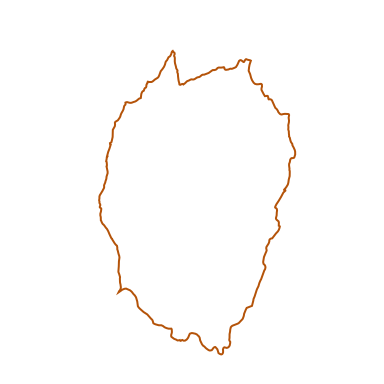 San Antonio Del Tequendama, Cundinamarca, Colombia, rotated 21°
{"feature_id": "7082276B32328696535418", "entity_name": "San Antonio Del Tequendama", "entity_type": "district", "adm_level": 2, "iso_a3": "COL", "parent_name": "Colombia", "parent_adm1": "Cundinamarca", "projection": "equal_earth", "projection_center": [-74.349, 4.601], "detail": "fine", "context": "isolated", "style": "outline", "palette": "amber", "viewbox_px": 384, "rotation_deg": 21, "n_neighbors": 0, "source": "geoboundaries", "source_scale": "gbopen_adm2", "svg_char_len": 5987}
<svg xmlns="http://www.w3.org/2000/svg" viewBox="0 0 384 384"><g transform="rotate(21 192 192)"><path d="M276.4,139.1L275.7,137.3L275.1,136.7L274.6,135.2L273.2,132.6L272.6,131.0L272.6,129.1L272.1,126.4L272.5,125.1L273.1,124.5L273.9,124.3L275.0,123.4L275.1,122.8L274.9,120.0L273.8,117.3L272.9,116.0L270.9,114.0L269.1,112.5L268.4,111.2L266.5,109.9L265.4,108.6L263.8,106.2L262.7,105.4L262.4,104.4L261.5,102.7L260.6,100.6L259.5,99.2L258.8,97.0L257.9,95.1L257.5,92.3L257.0,90.6L255.6,88.0L255.1,85.4L254.4,84.7L253.6,84.8L250.6,85.8L249.0,86.7L248.0,87.5L246.8,87.7L245.9,87.5L243.9,86.4L242.9,85.3L241.1,84.1L239.8,83.7L238.6,82.6L233.9,77.9L233.1,77.4L231.7,77.4L230.4,78.0L229.8,77.5L229.7,77.0L229.4,76.5L228.8,75.9L228.4,75.3L227.6,75.3L226.9,75.8L225.7,76.4L223.9,75.0L220.3,71.8L219.7,70.2L219.6,68.6L218.7,66.6L217.9,66.3L217.0,66.6L215.8,67.4L214.0,68.2L212.2,68.5L210.4,67.9L208.1,66.2L206.3,64.3L204.0,61.1L201.5,58.6L200.6,55.2L200.1,52.5L199.9,48.3L199.1,48.2L196.5,48.6L194.9,48.6L194.4,49.4L194.1,50.7L194.0,51.8L193.4,52.2L192.3,51.8L190.7,51.4L189.8,51.6L189.0,52.7L188.8,56.8L188.3,59.5L187.4,60.6L185.6,62.3L184.9,62.8L183.7,63.1L182.9,63.7L182.2,64.5L180.1,65.7L179.3,65.9L178.5,65.5L178.0,65.1L177.7,64.5L177.2,64.1L176.9,64.1L176.2,64.6L174.5,65.5L172.4,66.2L171.4,67.1L171.0,68.3L170.4,69.3L168.8,70.4L168.1,70.5L167.5,70.9L164.9,74.9L161.3,78.1L160.0,78.6L159.2,79.4L158.1,81.4L157.4,82.2L156.6,82.6L155.5,83.5L154.2,85.4L153.3,86.3L152.1,86.8L150.9,87.1L150.0,88.0L149.0,89.2L147.9,90.1L147.5,90.7L146.5,93.0L145.4,94.7L144.7,94.4L143.7,95.0L142.7,96.1L141.9,96.2L141.4,95.7L141.1,94.9L140.0,93.5L139.2,92.2L137.6,89.2L136.4,86.6L135.5,85.7L135.1,85.0L135.1,84.2L134.8,83.6L133.9,83.0L132.9,82.1L132.2,80.9L130.0,77.9L129.1,76.2L128.0,73.2L127.5,72.3L126.6,71.5L126.4,70.8L126.4,69.6L126.2,69.0L125.6,68.2L124.6,68.1L123.5,67.2L123.3,67.5L123.0,68.4L123.0,69.1L123.2,70.5L123.0,72.6L122.7,73.4L121.8,74.6L121.5,77.9L121.0,79.0L120.8,80.1L120.9,81.1L121.1,82.6L121.0,85.1L120.4,87.7L119.5,90.5L119.6,95.2L119.4,96.8L119.0,97.7L117.1,100.2L115.8,102.6L115.2,103.4L114.6,103.9L112.2,104.8L111.3,104.8L111.1,105.6L111.4,106.7L111.1,107.1L111.1,108.0L111.1,108.6L111.5,109.6L111.6,110.7L111.4,111.2L110.9,111.7L110.6,112.5L110.7,114.7L110.5,115.0L109.9,115.6L109.6,116.6L109.5,118.3L109.8,119.7L110.4,122.0L110.5,122.7L109.3,123.6L108.6,124.7L108.1,125.7L107.2,127.1L106.5,127.9L105.1,129.0L104.0,130.0L103.0,130.7L101.6,131.1L99.4,131.3L98.5,131.7L97.8,132.4L98.1,133.0L98.4,133.5L98.5,134.4L98.1,135.3L97.9,136.2L98.4,139.3L98.3,141.0L97.9,143.5L97.8,145.0L98.0,147.5L97.8,148.8L97.1,151.6L95.8,153.3L95.3,153.9L95.2,155.0L96.0,156.6L96.4,158.3L95.8,162.3L98.2,169.1L98.8,173.2L98.9,174.6L97.9,175.8L99.1,178.0L99.2,177.9L99.4,181.0L99.4,184.6L99.9,189.4L100.3,189.3L100.2,190.8L100.5,191.9L100.7,193.3L100.9,194.1L101.2,194.1L101.9,195.2L102.9,197.3L103.2,198.4L103.0,198.7L105.8,203.0L106.5,204.7L106.7,208.2L107.3,210.4L107.4,213.1L107.6,214.2L107.5,216.7L107.6,217.5L108.2,218.8L108.4,219.6L108.3,220.8L108.1,221.9L108.1,222.6L107.1,228.1L107.2,229.4L107.9,231.3L108.1,232.3L108.3,233.1L109.0,234.0L109.2,234.7L109.7,235.6L110.7,236.4L111.1,237.2L111.2,238.8L111.4,239.3L111.9,239.6L112.6,239.7L113.1,239.9L113.4,240.4L114.0,242.9L114.2,245.1L114.8,246.7L115.8,248.1L117.1,251.2L117.5,251.4L118.9,252.9L120.2,253.9L121.2,254.2L122.3,254.8L124.2,256.1L125.9,257.0L127.8,258.6L130.1,261.0L132.9,263.7L133.7,264.3L134.1,264.3L134.6,264.9L138.3,267.7L139.7,268.5L141.2,269.1L142.1,270.5L142.8,272.3L143.6,273.2L145.6,276.1L147.0,277.8L147.8,279.3L148.6,282.8L150.3,287.7L151.7,292.4L152.0,293.1L153.4,294.7L155.3,297.2L155.7,298.7L157.1,302.0L157.7,303.0L158.3,303.8L159.7,306.4L160.0,307.4L160.0,309.3L159.5,310.7L159.4,312.0L160.9,309.8L161.9,308.2L163.6,306.6L165.1,305.8L169.4,306.0L171.4,306.7L174.2,308.4L175.6,309.0L177.5,310.4L180.1,313.8L182.4,318.0L183.6,318.9L185.3,319.7L189.8,321.4L194.1,322.3L199.2,325.0L200.3,325.4L201.2,326.0L203.0,328.4L204.3,328.6L205.6,328.6L208.8,328.3L211.1,327.4L212.9,327.5L214.9,328.1L216.9,328.2L219.0,328.0L221.7,327.0L222.3,327.5L223.2,329.4L223.6,330.6L223.8,332.9L224.2,334.0L224.7,334.6L228.0,335.5L230.3,335.5L231.6,335.8L233.4,334.9L233.7,334.6L234.2,335.0L234.5,335.1L235.2,334.6L235.6,334.0L235.7,333.8L236.0,333.6L237.4,333.8L238.4,333.4L238.9,333.1L240.0,331.5L240.6,329.4L240.7,325.4L240.9,324.9L242.3,323.8L243.3,323.5L246.0,323.1L247.8,323.3L249.2,324.0L250.0,324.2L251.3,325.2L252.8,327.6L255.8,330.5L257.4,331.5L258.8,331.8L261.2,332.9L263.9,333.6L265.1,333.7L266.1,333.3L267.1,332.6L267.4,331.8L267.9,329.9L268.4,329.0L268.7,328.7L269.2,328.4L269.9,328.6L272.1,329.8L274.5,332.9L275.9,333.2L277.4,333.2L278.2,332.6L278.5,331.8L278.5,330.8L278.4,330.3L277.9,329.0L277.3,327.9L277.3,326.3L277.6,325.7L277.9,325.4L280.3,325.1L281.2,324.4L281.8,323.5L282.2,321.9L281.8,319.4L281.4,318.2L280.2,317.3L279.8,316.7L279.3,314.7L278.0,311.2L277.6,308.8L277.0,306.6L276.7,304.4L277.1,303.2L277.7,302.3L282.0,298.4L282.9,297.1L283.1,296.4L284.7,292.6L284.8,292.0L284.8,289.8L284.7,288.8L284.3,287.0L284.4,282.5L284.6,280.6L288.8,276.8L288.2,271.7L287.8,269.8L287.9,267.1L287.5,260.4L287.5,259.3L287.8,256.2L287.5,252.8L287.6,249.8L287.8,249.0L287.6,239.5L287.7,238.8L287.9,238.1L287.8,237.2L287.6,236.0L287.0,235.0L286.2,234.2L284.6,233.5L283.8,232.4L283.4,231.4L282.5,226.9L282.6,222.5L282.7,221.0L282.6,219.7L281.4,217.8L281.2,216.6L282.0,212.5L281.9,210.5L281.5,209.4L281.5,208.5L281.9,207.8L282.5,207.1L283.5,206.5L285.2,200.7L286.3,198.0L286.6,196.3L286.6,194.7L286.4,192.8L286.1,192.5L285.1,192.4L284.0,189.3L283.3,188.4L281.0,187.6L280.0,186.9L279.7,186.2L279.4,183.5L278.5,180.8L278.0,178.7L277.3,177.5L276.4,177.0L275.4,176.8L275.0,176.4L275.0,175.3L275.2,173.2L276.1,169.2L276.9,164.7L277.5,159.8L278.7,157.3L278.5,156.9L278.2,156.8L277.4,157.2L277.2,157.0L277.3,156.4L277.9,154.9L278.3,153.5L278.8,150.7L278.6,148.8L277.9,145.8L277.5,142.2L276.4,139.1Z" fill="none" stroke="#b45309" stroke-width="2"/></g></svg>